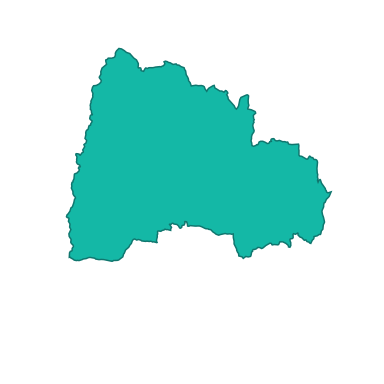 Sanchez Carrion, La Libertad, Peru (orthographic projection), rotated 205°
{"feature_id": "86281439B60476418673944", "entity_name": "Sanchez Carrion", "entity_type": "district", "adm_level": 2, "iso_a3": "PER", "parent_name": "Peru", "parent_adm1": "La Libertad", "projection": "orthographic", "projection_center": [-77.93, -7.745], "detail": "fine", "context": "isolated", "style": "filled", "palette": "teal", "viewbox_px": 384, "rotation_deg": 205, "n_neighbors": 0, "source": "geoboundaries", "source_scale": "gbopen_adm2", "svg_char_len": 6050}
<svg xmlns="http://www.w3.org/2000/svg" viewBox="0 0 384 384"><g transform="rotate(205 192 192)"><path d="M275.6,80.9L275.0,81.4L273.9,81.0L271.8,80.9L270.0,80.5L267.8,81.0L266.8,81.7L265.4,82.1L262.8,84.5L262.2,85.4L259.8,86.9L258.3,88.6L256.9,89.6L252.1,90.9L251.1,90.5L247.7,91.4L245.6,92.6L243.3,93.5L235.6,95.3L234.7,95.8L234.1,96.8L230.9,98.4L229.7,99.4L227.3,104.0L227.8,107.0L227.5,108.0L227.7,111.4L226.0,115.1L225.8,117.8L225.2,119.7L225.5,122.7L225.1,124.2L224.1,125.2L221.7,125.1L220.7,126.2L219.5,126.5L217.9,126.7L216.9,126.4L213.0,127.7L212.2,128.4L209.8,129.1L208.9,129.8L207.7,130.1L206.6,130.0L205.6,130.7L202.6,131.2L202.3,131.5L203.3,132.4L203.9,133.7L204.5,136.7L205.4,138.4L205.3,139.4L206.5,141.5L206.4,142.1L205.7,142.6L203.6,143.2L203.0,144.3L201.1,146.0L200.8,146.9L199.2,147.1L198.4,147.6L195.1,148.2L195.7,149.6L195.6,151.3L198.7,153.2L198.6,153.4L197.4,153.7L196.7,155.3L195.8,155.6L195.0,155.3L191.9,156.2L190.0,155.6L188.0,154.2L187.0,154.4L186.4,155.7L186.8,156.8L186.7,157.5L185.1,158.9L185.3,161.0L186.0,161.9L185.9,162.3L184.3,162.7L182.7,161.1L181.6,159.3L181.3,159.3L180.3,159.7L179.4,160.8L174.6,162.5L171.1,164.3L168.8,164.6L164.3,164.5L161.7,165.4L161.1,165.2L159.1,165.8L156.0,164.6L154.2,164.4L152.4,163.9L150.0,164.1L149.5,164.2L148.2,165.5L144.4,168.4L142.3,168.8L139.8,170.2L138.2,170.5L136.9,171.4L135.2,168.0L133.1,165.3L131.9,162.7L127.5,159.2L126.9,158.1L125.2,156.6L123.9,156.0L122.5,153.8L119.3,154.4L117.5,153.5L116.0,156.3L113.6,156.9L111.7,158.4L111.8,159.9L112.6,162.8L112.0,163.8L112.5,164.6L112.2,165.8L111.0,166.4L109.7,167.7L108.9,169.6L106.6,170.4L105.4,170.1L104.9,170.3L104.0,171.4L102.4,174.8L99.7,178.6L98.2,178.9L97.3,178.0L96.8,178.0L95.4,179.1L91.9,180.4L91.3,181.0L91.3,184.0L88.6,185.2L85.1,185.1L82.6,184.4L81.7,183.7L81.3,183.0L79.9,183.3L79.8,185.2L81.2,188.0L82.4,189.1L83.2,190.5L83.0,191.1L81.4,192.2L81.1,192.8L81.1,193.5L82.5,196.2L82.4,197.1L80.4,197.4L78.8,199.5L78.5,199.4L77.7,197.8L75.1,196.8L73.3,197.0L69.8,195.7L68.6,196.7L66.9,195.7L64.6,196.0L63.9,195.5L62.6,195.6L62.6,199.2L61.9,200.8L62.1,202.1L62.6,203.2L60.0,205.2L58.8,207.3L57.7,207.8L57.6,208.5L58.3,211.4L57.7,213.6L59.1,217.7L59.1,220.4L59.4,221.1L62.2,224.7L64.1,226.6L65.9,229.1L66.3,230.3L66.4,234.2L67.1,235.7L67.7,237.7L67.0,238.8L67.1,242.2L66.0,245.2L65.8,246.3L66.0,250.9L68.4,248.7L69.9,248.8L71.0,250.0L71.8,250.3L72.7,251.5L78.3,254.7L80.8,257.3L81.2,257.4L81.9,256.5L81.9,254.2L83.1,255.4L83.6,257.5L84.5,258.3L85.5,261.1L86.5,262.1L88.7,266.1L90.8,272.0L91.6,273.0L92.3,273.5L93.0,273.7L93.9,273.6L95.3,273.0L97.1,274.2L98.3,273.7L100.4,274.3L100.8,273.7L101.1,270.8L101.5,270.5L102.3,270.2L107.6,270.7L109.7,270.1L110.7,270.7L112.7,275.1L113.5,276.0L114.8,279.3L115.7,280.4L121.5,277.2L124.0,276.4L125.0,276.4L125.9,277.4L126.4,277.7L127.6,277.0L129.1,276.9L131.1,275.9L134.6,275.7L136.1,274.5L137.4,273.9L138.9,274.1L140.2,274.9L141.0,274.7L142.4,273.6L142.5,272.3L141.5,271.4L142.8,270.4L142.8,269.1L143.1,268.5L144.4,267.7L146.2,268.0L149.2,267.9L151.3,266.9L152.3,265.7L152.2,263.3L152.5,262.5L153.4,262.2L153.8,261.2L155.4,259.5L157.2,259.4L158.7,261.8L160.1,263.2L160.6,265.5L161.4,267.2L161.8,269.5L161.3,272.7L161.8,274.2L162.7,274.9L164.9,277.7L165.5,280.0L165.2,281.2L166.3,282.5L166.1,283.8L167.0,284.4L168.7,287.1L168.6,288.1L167.6,290.3L168.4,291.3L169.0,291.6L172.9,291.6L176.5,290.8L176.8,291.4L177.1,294.6L178.5,296.2L179.8,298.7L181.3,303.0L182.2,303.4L182.7,303.5L183.6,303.0L187.6,298.4L187.7,295.9L186.2,289.8L186.3,287.7L186.8,285.9L188.4,286.4L190.1,287.9L198.4,291.5L199.6,293.3L201.7,294.9L201.3,296.7L201.9,297.4L203.6,298.2L204.5,298.1L205.2,296.0L207.6,296.1L209.5,295.3L215.3,296.0L216.9,298.0L217.8,297.3L220.6,293.3L221.0,291.9L221.2,289.5L223.7,290.9L225.3,292.5L226.5,292.8L228.4,292.5L231.2,291.0L233.6,290.4L237.5,287.8L239.9,290.3L242.1,291.4L243.0,292.9L244.4,294.2L246.8,295.8L249.0,299.1L250.4,299.9L251.7,301.3L254.9,301.0L257.6,301.5L258.3,301.0L259.4,300.9L260.5,301.4L263.1,299.6L266.5,299.9L268.0,299.5L269.6,299.7L271.5,299.3L272.4,298.2L270.8,296.8L270.8,295.7L271.5,294.0L272.1,293.6L273.0,292.3L274.0,292.1L277.7,289.9L280.0,288.1L282.9,286.8L283.7,286.3L284.6,285.1L286.3,284.9L286.7,284.1L286.9,280.9L289.2,280.5L289.6,280.6L289.9,281.7L291.0,282.7L292.2,282.3L292.7,281.9L293.2,281.9L293.7,282.5L294.2,284.2L295.0,285.8L298.1,288.2L301.4,288.8L306.9,291.2L310.4,290.8L313.0,291.5L316.3,291.9L318.9,291.2L320.0,288.2L320.2,286.6L320.1,285.3L319.3,283.8L319.1,281.7L319.8,280.7L321.4,279.3L324.5,277.9L324.8,276.4L325.9,275.4L325.7,274.5L323.4,271.6L325.9,266.3L325.5,262.5L324.3,260.2L324.6,257.0L324.3,256.4L321.3,254.7L321.0,252.9L322.1,250.2L323.2,249.0L323.5,248.3L326.1,246.7L326.4,244.8L325.8,241.6L323.4,239.4L322.8,237.5L322.0,236.2L322.0,231.6L321.3,230.6L321.3,229.4L320.8,227.3L320.1,226.5L319.0,223.9L317.7,223.4L316.4,221.1L315.1,220.2L315.1,219.8L315.8,219.6L316.4,218.3L315.8,215.5L314.9,214.7L312.8,214.3L312.3,213.2L312.6,211.2L312.2,209.6L313.2,208.9L313.3,208.1L312.7,205.0L313.1,204.0L313.5,203.7L313.7,202.4L313.3,200.6L312.5,199.4L311.6,195.3L309.4,194.3L309.2,193.9L308.8,191.7L310.0,189.3L308.4,187.7L308.8,183.9L307.8,183.1L307.4,182.3L308.3,180.9L308.8,178.2L309.5,178.1L310.1,178.6L311.6,178.4L313.1,177.8L313.3,177.3L312.8,176.3L311.9,175.9L310.8,174.6L310.4,172.9L309.7,171.7L309.5,170.5L308.9,169.8L307.6,169.0L305.2,168.9L304.0,167.7L304.2,167.2L305.0,167.0L305.1,165.9L304.9,165.4L303.6,164.8L303.3,163.4L304.4,160.4L305.8,159.1L306.1,158.4L304.5,153.9L304.6,152.0L304.2,150.8L304.8,150.0L304.3,147.9L303.3,146.4L303.0,144.6L300.1,142.1L299.1,140.0L297.7,138.9L295.5,137.9L295.0,137.0L295.4,135.8L294.6,132.4L294.2,128.6L294.2,127.9L295.0,126.4L294.5,123.0L295.1,119.6L295.6,118.5L295.3,116.5L294.3,116.1L292.8,116.3L292.2,115.8L291.6,113.2L289.4,111.7L288.8,110.8L288.1,108.5L285.9,106.8L285.9,102.1L284.5,99.8L281.5,97.9L280.7,95.3L279.6,94.4L277.4,93.6L276.6,92.8L276.4,92.1L276.8,90.4L276.0,88.4L276.1,87.7L277.2,86.8L277.3,85.1L275.6,80.9Z" fill="#14b8a6" stroke="#0f766e" stroke-width="1.5"/></g></svg>